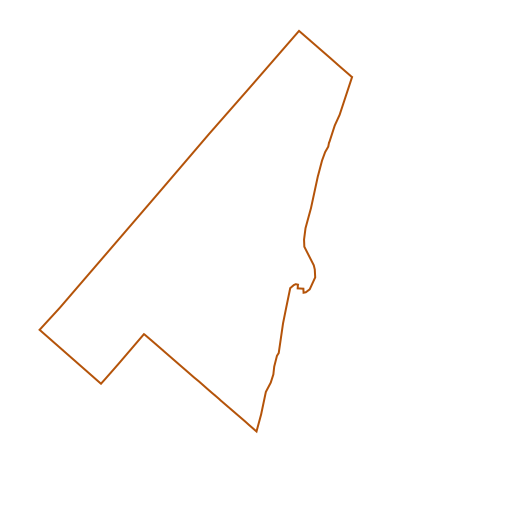 Erie, Pennsylvania, United States of America, rotated 131°
{"feature_id": "52423323B98876913296061", "entity_name": "Erie", "entity_type": "district", "adm_level": 2, "iso_a3": "USA", "parent_name": "United States of America", "parent_adm1": "Pennsylvania", "projection": "natural_earth1", "projection_center": [-80.038, 42.059], "detail": "fine", "context": "isolated", "style": "outline", "palette": "amber", "viewbox_px": 512, "rotation_deg": 131, "n_neighbors": 0, "source": "geoboundaries", "source_scale": "gbopen_adm2", "svg_char_len": 940}
<svg xmlns="http://www.w3.org/2000/svg" viewBox="0 0 512 512"><g transform="rotate(131 256 256)"><path d="M388.1,140.5L372.2,148.2L352.1,159.4L341.9,161.8L334.0,165.2L327.5,169.7L317.6,174.7L314.3,175.2L289.1,191.4L275.2,199.3L257.8,209.1L253.1,208.4L251.2,207.5L250.1,205.5L250.3,205.4L253.1,203.3L249.6,198.8L252.5,196.0L250.7,194.6L245.9,193.6L233.3,197.3L227.6,202.8L225.1,206.3L217.3,225.6L212.1,230.5L202.5,236.9L185.7,245.0L184.0,245.8L155.1,261.7L154.2,262.1L140.6,268.8L132.2,272.0L126.1,273.2L122.3,275.4L121.8,275.4L105.8,282.2L94.6,285.5L57.9,300.9L58.0,301.7L58.0,319.3L57.9,327.5L57.9,371.2L107.4,371.2L131.4,371.2L194.3,371.5L269.1,370.9L323.7,370.6L423.9,370.1L453.7,370.9L454.1,289.2L447.8,289.1L428.3,289.0L388.5,289.3L388.4,288.6L388.3,278.2L388.3,223.3L388.1,216.6L388.2,205.9L388.2,199.3L388.1,193.5L388.1,190.0L388.2,187.8L388.0,155.2L388.1,150.7L388.1,140.5Z" fill="none" stroke="#b45309" stroke-width="2"/></g></svg>